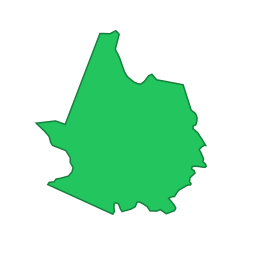 Grimari, Ouaka, Central African Republic, rotated 112°
{"feature_id": "33826404B92675237545946", "entity_name": "Grimari", "entity_type": "district", "adm_level": 2, "iso_a3": "CAF", "parent_name": "Central African Republic", "parent_adm1": "Ouaka", "projection": "robinson", "projection_center": [19.988, 5.752], "detail": "fine", "context": "isolated", "style": "filled", "palette": "green", "viewbox_px": 256, "rotation_deg": 112, "n_neighbors": 0, "source": "geoboundaries", "source_scale": "gbopen_adm2", "svg_char_len": 1302}
<svg xmlns="http://www.w3.org/2000/svg" viewBox="0 0 256 256"><g transform="rotate(112 128 128)"><path d="M207.7,102.2L202.1,94.9L198.3,91.8L193.5,91.8L192.3,90.1L192.8,85.2L193.7,80.7L196.6,76.5L194.2,70.1L191.6,67.5L193.2,60.4L187.2,53.9L184.3,53.7L182.1,56.4L177.9,64.0L175.5,61.8L174.1,59.2L169.5,58.5L166.4,57.5L158.7,51.4L157.3,48.7L156.1,48.6L154.7,50.8L151.0,51.9L144.7,49.0L142.7,50.7L142.3,53.7L139.7,54.0L138.4,51.7L137.3,48.4L136.4,44.4L135.5,41.7L134.2,41.1L132.2,42.9L131.4,45.7L130.8,46.1L129.1,46.1L127.4,47.2L126.3,48.5L124.3,50.3L122.8,52.0L121.8,53.5L120.7,53.7L117.6,52.4L115.6,50.9L115.1,49.4L110.7,55.3L106.2,61.8L104.2,67.7L101.5,68.2L99.5,66.3L96.4,66.6L92.8,67.7L89.4,70.7L87.7,76.2L86.0,77.6L67.3,93.1L71.5,114.4L72.6,119.4L69.3,126.0L72.0,128.5L78.7,130.3L82.5,132.6L83.2,135.1L83.2,139.7L80.7,147.7L77.4,152.2L65.8,162.4L59.7,169.3L44.5,171.3L43.5,173.1L42.4,175.7L47.4,180.1L49.2,185.0L50.9,189.4L148.2,187.6L148.6,197.8L157.9,214.9L162.5,203.6L165.3,198.1L170.4,194.2L172.4,191.5L172.2,177.2L177.2,170.4L181.7,168.6L185.2,164.1L189.6,163.5L194.9,165.2L200.0,171.9L202.2,175.5L205.7,176.5L207.9,180.7L210.5,181.2L213.6,109.8L210.4,109.3L206.9,111.3L203.1,112.5L201.8,111.2L201.9,108.4L205.9,104.7L207.7,102.2Z" fill="#22c55e" stroke="#15803d" stroke-width="1.5"/></g></svg>